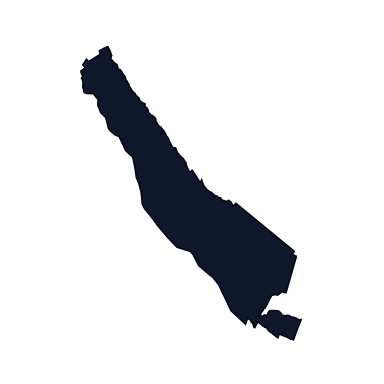 outline of Tifesti, Vrancea, Romania, rotated 17°
{"feature_id": "2599482B98306126779163", "entity_name": "Tifesti", "entity_type": "district", "adm_level": 2, "iso_a3": "ROU", "parent_name": "Romania", "parent_adm1": "Vrancea", "projection": "orthographic", "projection_center": [27.087, 45.862], "detail": "fine", "context": "isolated", "style": "filled", "palette": "ink", "viewbox_px": 384, "rotation_deg": 17, "n_neighbors": 0, "source": "geoboundaries", "source_scale": "gbopen_adm2", "svg_char_len": 5859}
<svg xmlns="http://www.w3.org/2000/svg" viewBox="0 0 384 384"><g transform="rotate(17 192 192)"><path d="M281.9,302.8L282.1,296.1L282.6,296.5L283.9,297.1L285.4,297.5L286.0,297.9L286.3,298.2L286.6,299.0L287.5,299.5L288.6,300.0L290.9,303.4L291.7,303.4L293.2,296.0L293.8,296.3L293.9,297.2L295.7,298.1L297.9,298.9L298.8,299.4L300.0,299.6L301.4,300.2L302.1,300.0L303.3,300.2L303.9,301.0L304.8,301.3L305.8,302.3L316.8,306.4L316.9,302.4L325.9,303.1L329.7,304.0L330.9,303.4L332.2,303.8L332.4,303.6L332.5,299.5L333.0,290.8L333.4,286.9L333.7,282.0L331.8,282.9L329.9,282.6L328.6,282.1L325.2,282.1L323.4,282.4L321.6,281.9L320.7,281.7L319.8,281.8L319.3,281.9L318.0,282.8L317.5,283.1L316.4,283.3L315.1,283.2L315.0,283.3L314.9,283.5L314.4,283.5L313.4,283.2L313.2,282.1L309.4,280.4L307.0,280.9L304.9,281.4L304.9,281.6L304.0,281.9L303.4,281.8L301.8,282.3L300.7,283.2L300.3,284.2L300.0,285.7L299.8,287.6L299.5,288.3L299.1,288.4L297.0,288.3L296.8,288.7L296.6,289.9L296.3,289.9L296.2,290.3L293.1,290.2L293.1,289.8L293.3,288.5L293.8,286.1L294.0,285.9L294.6,284.1L294.6,283.6L294.8,282.6L294.9,281.8L295.8,281.9L297.8,271.2L298.0,270.1L298.2,269.6L298.3,268.5L298.5,267.6L298.6,267.4L299.1,267.3L301.1,266.0L301.7,265.7L303.5,265.8L303.9,265.6L304.5,265.1L305.0,264.3L305.3,264.1L305.9,263.0L306.3,262.5L306.8,261.7L307.1,261.3L307.3,261.2L309.2,261.1L310.3,261.2L311.4,260.8L310.8,228.3L310.8,224.2L310.5,224.2L310.5,222.9L308.1,222.6L307.4,222.7L306.8,222.9L306.3,223.0L307.2,218.8L237.2,189.9L236.7,191.1L236.4,192.0L235.8,193.4L235.6,193.6L234.8,192.6L233.7,191.6L232.9,190.9L232.5,190.4L231.6,190.0L230.5,189.6L229.9,189.2L229.3,189.3L228.8,189.9L228.5,190.5L228.1,190.7L226.0,191.0L225.1,190.8L223.4,190.9L222.8,190.7L222.1,190.3L221.4,189.3L219.5,189.2L218.7,189.4L218.1,189.2L217.2,188.5L216.6,188.5L214.7,188.9L214.6,188.7L214.1,188.3L213.6,188.2L212.4,187.5L211.0,186.7L209.6,186.7L207.6,186.1L206.6,185.6L205.9,185.6L204.4,184.6L204.3,184.4L203.7,184.1L203.6,183.9L202.6,183.3L201.8,182.8L200.9,181.8L200.7,181.3L200.4,181.0L199.5,180.1L198.5,178.6L197.6,177.4L197.1,180.6L188.2,173.0L186.4,171.5L185.7,171.1L184.7,173.1L184.5,173.4L183.6,173.3L182.9,172.7L181.9,171.5L180.7,170.3L179.3,168.5L178.9,168.1L178.4,168.1L178.5,167.7L178.2,167.1L177.6,167.3L177.6,166.9L178.0,166.2L177.5,166.1L177.2,165.3L176.2,165.0L175.9,164.4L175.4,163.9L174.9,163.7L174.8,163.4L174.2,162.9L172.8,162.1L172.1,161.9L171.6,161.5L170.7,161.8L170.7,161.6L171.0,161.2L170.9,161.0L170.4,161.0L169.7,160.7L168.6,160.0L168.4,159.6L167.9,159.7L167.9,159.3L166.7,158.7L165.1,156.9L164.7,156.7L164.8,156.5L164.7,156.1L164.2,155.6L164.1,155.3L163.8,155.0L163.4,154.8L162.4,154.6L162.2,154.8L161.9,155.7L161.8,155.8L161.7,155.8L161.0,155.0L159.7,154.1L157.5,152.0L157.0,151.4L155.6,150.1L155.3,149.6L154.8,149.3L154.6,148.8L153.8,147.7L153.3,147.2L151.4,146.0L150.9,145.3L149.4,143.6L148.5,143.2L148.2,142.6L147.5,142.0L147.1,141.5L146.9,141.4L146.8,141.7L146.8,142.1L146.7,142.3L146.5,143.2L146.2,143.9L145.8,144.4L145.4,144.7L145.3,144.8L145.3,144.5L145.5,144.0L145.9,143.4L145.9,143.0L145.8,142.6L145.2,142.8L145.0,142.7L144.9,142.4L145.7,141.4L145.9,141.2L145.1,140.3L144.0,140.0L144.0,139.6L143.3,138.9L143.2,138.9L142.9,139.2L142.7,139.2L142.0,138.9L141.3,138.4L140.6,138.3L140.2,137.9L138.9,136.8L137.9,135.7L137.5,135.3L136.8,135.0L136.6,134.3L136.3,133.3L135.5,132.3L134.3,131.5L132.0,130.5L131.4,130.4L130.7,130.5L130.0,130.0L129.4,129.7L128.1,129.2L127.4,128.6L126.7,127.7L125.9,126.2L124.3,124.7L123.6,124.9L123.3,124.4L122.1,123.6L121.9,123.3L121.6,122.2L121.3,121.3L121.2,121.3L121.0,121.6L120.3,121.3L119.2,121.3L118.7,121.0L115.9,120.1L114.9,119.5L114.7,119.0L114.2,119.1L114.1,118.7L114.3,118.3L113.9,118.1L113.9,117.7L113.3,117.4L112.2,117.3L112.0,117.1L112.1,116.7L111.9,116.5L111.7,116.6L111.5,116.8L111.0,116.5L110.7,116.7L110.6,116.3L110.2,116.0L109.8,116.2L109.9,115.5L109.1,115.0L108.9,114.4L108.7,114.4L108.4,114.8L107.9,114.7L107.7,114.0L107.0,113.8L106.6,114.2L106.3,114.3L106.3,113.9L106.4,113.4L105.6,112.8L105.3,113.0L105.3,113.7L105.0,113.7L104.7,113.2L104.6,112.8L104.3,112.8L104.2,112.7L104.4,112.2L104.4,111.8L103.8,111.5L103.5,111.1L103.2,111.0L103.0,110.7L102.5,110.5L102.4,110.4L102.5,110.1L102.4,110.0L101.1,109.5L100.8,109.0L100.6,108.4L100.4,108.2L100.5,107.8L100.0,107.4L99.6,107.4L99.4,107.1L99.4,106.8L99.3,106.7L99.1,106.9L98.8,106.8L98.5,106.1L98.2,105.8L97.6,104.9L97.3,104.8L97.1,104.9L96.8,104.6L96.5,104.5L96.0,105.1L95.9,104.9L95.9,104.0L94.8,101.9L94.5,101.4L93.4,100.5L91.9,99.5L89.9,97.7L87.9,96.2L87.0,95.9L86.7,96.1L86.3,96.0L85.7,96.0L84.4,95.1L84.0,94.6L84.6,94.2L84.0,93.5L83.5,92.7L82.5,91.8L81.9,91.7L80.5,91.4L79.4,90.9L78.9,90.6L78.1,89.8L77.8,89.6L77.5,89.6L77.0,89.4L76.3,88.7L75.7,88.3L75.2,88.3L74.8,88.4L74.7,88.1L75.2,87.0L75.3,86.3L75.1,85.8L75.1,85.6L75.4,84.9L74.6,84.2L73.4,82.3L72.0,80.6L70.3,79.0L69.2,77.6L68.0,78.3L66.4,79.8L65.0,81.0L62.3,83.9L62.1,84.3L62.1,84.5L62.6,85.1L63.0,85.7L64.3,86.7L63.7,87.2L63.3,87.9L55.0,97.4L54.9,97.4L53.9,96.7L52.1,95.9L50.4,102.3L50.8,102.7L51.6,103.2L52.8,103.7L53.5,104.4L50.6,108.5L50.3,108.8L50.9,109.7L51.1,110.5L51.3,110.8L51.7,111.3L52.4,111.8L53.4,112.9L53.5,113.8L53.2,114.5L53.1,115.8L53.7,115.8L54.3,116.6L55.5,119.0L56.3,120.9L56.5,122.2L56.7,123.5L57.7,124.8L58.6,126.6L59.4,127.9L60.1,128.5L60.4,128.4L61.8,128.6L63.9,128.3L65.6,127.7L67.4,127.3L68.3,126.8L69.1,127.0L70.4,127.8L72.8,129.7L74.3,130.1L74.9,131.0L75.6,132.3L75.9,134.7L76.7,136.9L79.4,140.1L81.3,142.7L87.5,145.9L90.5,150.5L93.2,155.3L95.4,157.2L101.7,159.9L106.1,160.4L111.9,166.7L116.5,171.9L125.0,175.9L127.5,180.3L130.8,186.5L134.5,194.4L138.7,199.5L143.1,206.7L145.9,212.9L148.0,218.3L151.9,222.1L162.3,229.1L169.1,234.3L182.4,242.8L193.9,249.3L207.6,249.3L211.2,251.4L219.8,260.4L229.0,264.4L237.2,267.8L244.9,273.2L264.1,294.2L281.9,302.8Z" fill="#0f172a" stroke="#020617" stroke-width="1.5"/></g></svg>